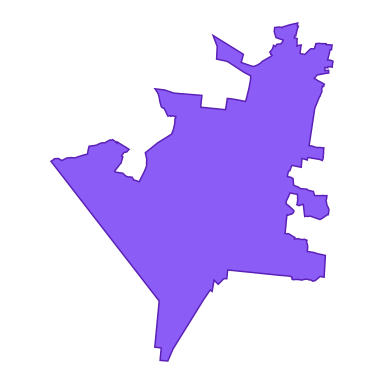 Oxkutzcab, Yucatán, Mexico (orthographic projection)
{"feature_id": "50627088B96232623294583", "entity_name": "Oxkutzcab", "entity_type": "district", "adm_level": 2, "iso_a3": "MEX", "parent_name": "Mexico", "parent_adm1": "Yucatán", "projection": "orthographic", "projection_center": [-89.442, 20.14], "detail": "fine", "context": "isolated", "style": "filled", "palette": "violet", "viewbox_px": 384, "rotation_deg": 0, "n_neighbors": 0, "source": "geoboundaries", "source_scale": "gbopen_adm2", "svg_char_len": 5857}
<svg xmlns="http://www.w3.org/2000/svg" viewBox="0 0 384 384"><path d="M167.8,361.0L173.0,349.0L203.8,299.3L210.2,290.0L212.1,291.4L214.1,280.2L218.2,284.3L223.8,278.7L226.8,278.7L227.7,270.0L278.7,275.2L289.3,276.1L290.1,276.3L291.1,276.7L291.5,277.0L291.8,277.2L292.1,277.4L291.9,279.0L292.3,279.4L293.1,279.7L296.6,279.4L297.3,279.6L298.2,279.4L298.5,279.6L300.4,279.7L301.0,280.1L302.5,279.9L304.2,279.4L304.6,279.4L307.0,279.1L309.1,279.9L310.3,279.8L312.1,280.7L312.5,281.1L313.4,281.1L313.6,280.9L315.2,280.6L320.1,276.5L324.1,277.2L325.4,255.4L318.0,253.8L313.8,252.5L307.2,251.4L307.7,247.9L307.5,245.1L306.4,241.2L307.0,240.3L304.9,239.4L304.7,239.3L304.2,239.3L303.7,239.4L303.3,239.5L301.6,239.5L299.6,239.1L299.2,239.1L298.2,238.7L297.9,238.7L297.6,238.7L297.0,238.8L296.7,238.8L296.1,238.9L295.2,238.8L294.4,238.9L294.7,238.0L294.9,237.4L294.5,237.2L294.1,237.0L293.5,236.8L293.0,236.5L291.9,235.7L291.5,235.5L290.7,235.0L290.4,234.9L290.2,234.8L289.9,234.4L289.5,234.2L289.2,234.1L288.4,233.7L287.9,233.6L287.7,233.6L286.3,233.8L286.1,233.8L286.0,233.7L285.4,233.5L285.1,233.4L286.9,214.9L287.4,214.8L287.6,214.9L287.9,215.2L288.3,215.1L288.9,214.9L289.2,214.8L289.5,214.7L290.3,214.3L291.1,214.3L291.7,213.9L291.9,213.8L292.6,213.5L293.0,213.1L293.2,212.5L293.4,212.4L293.6,212.2L293.8,211.8L293.9,211.4L293.9,211.2L293.9,210.9L293.5,210.3L292.5,209.3L288.6,205.6L286.1,203.8L286.2,201.3L290.1,193.0L297.5,194.4L297.6,198.7L297.7,199.8L297.1,204.3L296.8,204.7L299.1,205.7L301.2,204.8L303.3,204.4L304.7,216.5L305.8,216.2L307.3,216.5L310.2,216.1L319.9,219.5L321.5,218.8L327.2,214.9L328.3,214.7L329.0,209.6L327.8,206.6L327.3,206.0L326.6,203.9L326.6,202.7L326.0,200.5L326.6,198.6L326.9,195.6L324.1,195.7L322.5,195.4L321.8,195.6L320.6,195.6L314.6,195.6L313.4,191.5L307.7,190.1L307.1,189.2L301.4,188.7L300.4,188.6L298.4,187.1L294.4,185.6L293.5,184.7L293.5,183.9L293.1,178.6L291.3,177.5L290.8,177.3L287.4,176.5L288.0,172.9L288.7,171.2L289.7,170.9L290.2,169.9L291.0,167.4L292.1,165.4L301.2,167.3L302.0,158.5L305.8,159.6L307.3,160.0L307.2,159.1L307.9,157.6L308.9,157.7L309.3,157.7L310.2,157.7L311.0,157.9L311.5,158.1L312.0,158.2L312.3,158.3L312.7,158.3L313.2,158.3L313.4,158.3L313.9,158.5L314.7,158.6L315.0,158.6L315.4,158.7L317.2,159.1L317.6,159.1L318.3,159.1L319.2,159.4L319.9,159.5L320.2,159.6L320.8,159.9L321.3,160.1L321.7,160.3L322.3,160.5L322.5,160.0L322.7,159.6L322.9,159.1L323.2,157.9L323.3,157.2L323.3,156.8L323.3,155.8L323.4,155.1L323.4,154.3L323.6,153.4L323.6,152.5L323.6,151.9L323.5,151.4L323.5,150.8L323.6,150.1L323.8,149.1L323.7,148.5L323.8,148.2L323.9,147.9L323.5,147.8L323.1,147.7L322.8,147.8L322.5,147.8L322.3,147.8L321.6,147.7L320.2,147.5L319.9,147.5L318.9,147.5L318.6,147.6L318.3,147.5L317.7,147.5L317.3,147.4L316.8,147.5L316.4,147.4L315.9,147.4L315.6,147.3L314.8,147.0L313.2,146.5L312.4,146.1L311.9,146.0L311.1,145.9L309.1,145.7L314.8,108.1L315.5,106.5L319.4,97.0L320.3,95.8L320.6,94.4L322.0,91.3L321.7,89.7L321.7,89.3L321.8,88.6L321.9,88.1L322.2,87.6L322.3,86.8L322.5,86.3L323.6,86.5L323.8,85.5L324.0,85.0L324.4,84.3L322.9,83.3L317.5,80.4L315.6,79.1L315.3,79.0L314.7,78.7L314.2,78.4L317.1,75.0L325.6,73.4L328.7,73.0L328.6,70.3L326.5,70.5L324.7,70.5L324.8,69.5L325.0,68.3L325.0,67.4L325.7,67.6L326.2,67.7L326.8,67.7L327.3,67.8L327.8,67.9L328.0,66.6L330.2,66.8L332.3,67.1L332.2,65.7L332.3,65.3L332.5,64.2L332.8,62.5L333.0,61.3L331.2,60.4L329.5,60.1L327.6,60.1L330.2,49.6L331.5,49.7L332.1,45.0L326.0,44.6L326.1,43.7L320.7,43.6L319.0,43.3L315.8,43.7L315.6,44.4L315.6,45.0L315.5,45.7L315.2,46.2L314.9,46.5L314.8,47.1L314.7,47.9L314.5,48.7L313.3,48.8L312.7,48.9L311.5,48.7L310.9,48.8L310.5,48.9L308.7,50.6L304.8,54.5L303.0,54.1L300.6,53.7L300.1,53.4L300.1,53.1L300.4,50.8L300.5,49.7L300.5,49.8L300.8,47.4L301.1,45.9L301.3,45.0L300.4,45.1L299.5,45.2L298.0,45.6L297.3,46.0L296.9,46.1L297.0,45.0L297.0,43.4L296.9,43.2L297.0,42.6L297.0,40.2L297.1,39.7L297.3,38.8L296.7,38.5L295.8,38.1L295.3,38.0L294.3,37.8L294.9,35.7L295.8,35.8L296.5,32.6L297.1,29.9L297.5,28.6L298.4,26.3L297.4,26.1L297.4,25.0L297.6,23.8L297.7,23.0L296.9,23.2L296.2,23.4L295.4,23.6L293.7,23.9L289.5,24.9L288.5,25.2L285.5,26.1L283.5,26.7L282.2,27.2L282.1,27.7L281.0,27.3L279.8,27.0L278.5,27.1L274.7,27.5L274.2,31.6L276.0,37.6L283.2,40.1L282.8,40.9L282.8,41.2L282.6,41.9L282.3,42.2L281.6,42.9L281.4,43.0L280.8,44.1L278.7,44.0L276.8,44.3L275.4,46.5L274.7,46.1L274.2,45.7L273.5,45.3L273.1,47.0L272.8,48.0L272.5,48.7L271.6,50.1L269.8,52.1L270.9,53.2L270.5,54.0L272.1,55.3L271.2,56.2L262.4,61.3L260.2,63.4L256.6,65.4L253.5,66.5L250.3,65.6L241.2,62.5L242.9,56.3L243.4,54.3L213.1,35.5L217.2,46.4L216.6,59.1L225.2,60.9L228.0,61.8L244.1,72.4L250.7,75.8L250.6,78.5L250.7,78.9L250.2,81.5L249.0,88.1L246.4,98.7L245.4,101.5L243.6,101.1L242.3,100.8L233.7,99.2L228.3,98.5L227.3,98.4L226.1,106.5L225.5,109.7L200.7,107.2L201.3,100.9L201.5,99.4L201.9,95.4L173.8,93.1L164.8,90.0L157.4,89.1L155.0,88.8L158.1,93.5L159.2,97.3L159.8,101.3L161.2,106.5L162.1,107.6L164.2,108.5L167.9,116.1L169.8,115.7L170.6,116.3L173.0,115.8L174.9,116.6L175.8,116.4L175.7,117.7L175.0,118.9L174.7,123.5L174.6,124.3L173.3,129.9L171.5,134.2L157.6,142.9L145.3,152.8L146.7,158.9L146.5,166.2L144.5,171.2L139.2,181.7L138.4,181.7L138.1,181.3L133.8,179.9L132.2,177.5L132.1,177.2L131.4,177.3L130.4,177.0L129.6,176.8L128.6,177.1L127.2,176.6L126.3,176.2L125.5,175.8L122.8,173.2L115.4,172.1L114.6,171.2L120.3,163.8L121.0,163.2L122.8,156.9L121.5,156.0L123.9,152.5L126.8,151.9L129.1,149.3L117.1,141.9L117.0,143.2L116.2,142.5L114.1,140.6L112.4,139.6L111.4,140.4L110.2,139.9L108.7,140.6L104.5,143.0L103.8,142.9L102.7,142.7L100.0,143.4L96.4,145.2L89.9,146.1L89.1,146.2L88.4,148.8L87.5,154.0L85.2,154.7L83.0,155.2L74.8,157.9L70.7,157.6L66.5,158.1L61.9,160.5L58.4,158.5L54.4,158.7L53.6,159.6L51.0,161.3L96.9,220.6L159.2,301.0L154.8,347.2L161.2,347.9L160.1,360.4L167.8,361.0Z" fill="#8b5cf6" stroke="#5b21b6" stroke-width="1.5"/></svg>